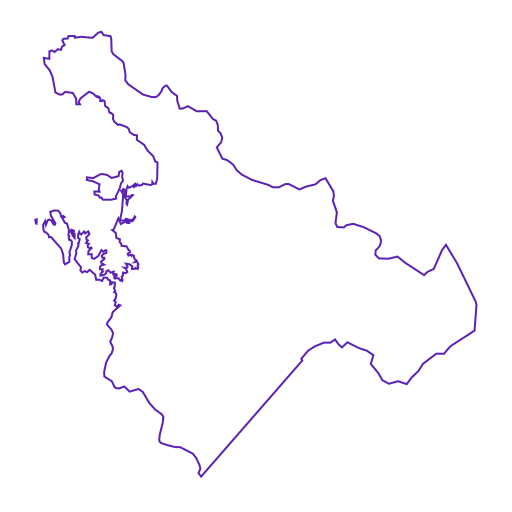 Konawe Utara, Sulawesi Tenggara, Indonesia, rotated 181°
{"feature_id": "22746128B68991025063444", "entity_name": "Konawe Utara", "entity_type": "district", "adm_level": 2, "iso_a3": "IDN", "parent_name": "Indonesia", "parent_adm1": "Sulawesi Tenggara", "projection": "natural_earth1", "projection_center": [122.267, -3.419], "detail": "fine", "context": "isolated", "style": "outline", "palette": "violet", "viewbox_px": 512, "rotation_deg": 181, "n_neighbors": 0, "source": "geoboundaries", "source_scale": "gbopen_adm2", "svg_char_len": 6139}
<svg xmlns="http://www.w3.org/2000/svg" viewBox="0 0 512 512"><g transform="rotate(181 256 256)"><path d="M66.3,270.5L70.2,264.9L78.0,246.2L84.4,243.0L87.6,239.8L106.5,251.7L114.5,257.9L123.4,255.6L133.0,255.7L136.7,259.4L136.4,263.7L133.2,267.1L131.6,270.3L131.3,274.0L132.7,278.0L135.9,280.6L148.8,286.7L159.4,289.9L166.0,288.4L168.7,286.1L175.2,286.4L177.1,290.2L175.9,301.1L180.1,312.6L179.1,317.4L179.8,322.0L187.9,335.0L193.0,332.9L197.8,328.7L207.1,326.3L213.7,323.3L224.7,328.6L227.9,328.4L234.6,325.0L240.6,325.1L244.6,327.2L261.6,332.1L271.7,337.2L276.6,341.3L280.2,346.6L283.3,349.2L286.9,351.5L291.4,352.8L297.1,363.9L292.8,369.2L291.8,373.7L293.6,378.1L296.1,380.6L296.5,386.4L298.3,390.7L301.2,392.0L307.8,399.9L317.8,399.7L326.7,404.6L331.5,402.3L334.8,402.0L337.4,409.6L337.8,414.7L343.3,418.6L348.0,424.8L349.8,424.6L352.4,422.0L353.4,419.1L356.1,415.2L358.9,413.1L362.8,413.1L371.7,415.4L386.5,425.3L389.7,429.2L389.7,435.2L391.7,446.4L392.8,448.3L402.1,455.2L403.9,458.1L404.5,470.5L405.3,473.3L412.2,474.2L414.5,477.5L417.7,476.5L423.2,471.3L434.8,472.1L440.8,471.1L441.1,472.8L447.3,472.6L448.1,470.2L452.5,469.7L453.4,468.1L451.0,463.6L453.5,462.1L454.6,458.7L457.8,459.3L461.0,456.4L463.3,458.0L466.1,457.1L466.1,449.5L471.6,450.4L470.7,444.3L465.2,437.6L462.4,430.9L459.4,416.0L455.0,413.9L452.4,414.2L449.9,416.7L442.1,415.9L438.6,410.2L438.3,404.6L434.7,404.6L436.0,407.1L434.1,410.7L425.8,417.3L421.8,415.7L418.3,412.5L417.0,413.8L417.6,412.5L416.4,411.7L415.5,412.3L414.2,410.2L414.6,408.4L412.9,408.1L411.9,409.1L410.2,408.4L409.3,403.2L406.3,401.3L404.9,396.7L403.3,396.5L401.2,394.6L401.4,390.5L399.8,387.6L396.2,384.6L394.5,385.2L387.1,382.5L385.3,380.6L384.5,377.6L380.2,374.9L377.1,374.6L377.2,370.2L369.8,365.2L366.4,359.6L360.5,354.0L358.4,348.8L356.1,347.8L356.2,331.1L357.6,326.4L359.6,326.4L360.9,328.2L360.9,325.9L362.9,325.1L370.3,326.5L371.1,325.1L374.1,324.3L375.6,325.6L376.9,324.1L377.7,326.2L378.5,325.9L378.4,323.5L379.3,322.8L379.8,324.5L383.3,322.3L384.7,322.1L385.6,323.5L386.6,321.0L387.2,313.4L382.8,313.2L381.0,314.9L380.2,314.7L384.9,310.0L385.8,305.1L386.4,305.8L386.2,309.8L388.9,313.4L387.9,317.0L388.1,319.5L389.9,320.7L390.5,320.1L390.1,318.1L391.8,318.5L390.1,315.7L389.9,313.0L390.9,298.1L392.7,289.4L388.0,289.0L386.6,291.0L381.4,289.5L379.0,291.2L377.9,293.4L377.3,292.7L380.1,288.6L385.8,289.2L385.4,287.7L383.1,287.4L383.2,286.7L385.7,286.9L387.1,288.2L391.7,285.6L394.3,291.2L398.1,281.6L399.1,279.6L400.1,279.4L396.6,276.6L395.8,271.5L392.4,270.4L392.6,267.6L390.9,265.9L390.7,263.9L385.6,263.4L383.5,259.7L382.5,259.4L382.0,257.5L384.3,256.1L383.6,254.2L380.8,255.0L380.4,254.1L379.9,255.0L378.0,254.0L377.7,251.4L375.4,249.4L377.1,247.9L375.1,248.3L373.3,245.7L374.3,244.4L373.5,242.9L374.0,241.0L376.1,242.0L376.3,241.2L379.8,240.8L379.4,243.4L382.2,245.5L386.0,246.1L384.2,243.2L385.2,241.8L387.5,242.0L385.6,240.7L384.4,237.7L386.1,236.6L388.6,237.1L388.8,234.2L390.0,232.9L389.0,229.6L389.4,228.6L390.7,229.7L391.3,229.1L393.1,231.4L397.0,231.1L397.4,231.7L396.4,232.7L397.3,233.5L394.9,234.0L395.1,235.3L398.5,235.6L398.1,237.9L401.1,236.7L403.2,239.1L405.4,238.1L405.3,236.6L407.2,234.6L411.2,233.6L411.2,235.2L408.8,237.8L409.7,238.5L409.1,240.0L411.8,240.1L412.0,242.0L410.6,243.9L407.8,244.7L410.3,246.1L410.9,247.7L407.5,250.3L407.7,251.6L409.6,251.6L410.2,253.4L408.8,255.3L405.7,256.4L405.6,258.6L406.3,259.3L408.9,257.7L410.6,259.2L413.7,253.3L417.8,250.3L420.2,251.2L420.3,254.9L423.8,254.8L423.6,258.0L420.5,261.0L421.0,261.6L422.5,260.8L424.2,261.9L424.6,263.4L423.3,265.3L426.2,266.1L424.3,268.7L425.6,269.3L426.2,271.5L422.9,275.0L424.2,277.7L427.2,275.6L428.2,277.5L431.1,274.5L432.4,275.1L433.2,277.0L434.2,274.3L434.2,271.0L432.6,270.0L433.2,266.4L434.2,265.6L433.6,263.5L436.0,258.4L435.7,255.5L437.3,249.7L430.8,241.7L431.3,238.5L429.5,236.5L426.9,237.9L424.6,236.9L422.1,239.3L416.5,234.5L415.3,229.4L412.4,229.6L409.4,228.4L408.0,231.7L404.4,231.7L403.5,229.7L401.4,229.0L401.3,224.9L400.0,225.3L400.0,227.3L396.6,226.9L396.7,223.2L397.5,221.4L396.2,219.1L397.2,217.4L395.8,217.0L394.9,214.8L395.7,210.8L397.1,209.0L395.5,207.7L396.3,204.3L394.3,202.8L392.4,204.9L390.8,204.3L398.2,197.5L399.5,192.3L403.3,187.0L403.9,185.0L399.3,179.9L397.6,176.5L398.4,172.0L400.3,168.0L397.6,162.4L397.5,159.7L398.8,155.8L400.5,154.0L404.0,146.9L405.8,137.4L405.5,132.8L397.9,128.2L395.0,122.2L393.1,121.4L390.6,121.2L385.4,123.2L379.9,118.2L371.2,121.0L366.9,118.2L359.9,106.9L354.2,100.8L347.4,96.0L345.8,93.6L346.4,87.4L349.1,75.7L349.6,70.3L349.0,68.6L347.8,67.4L341.5,65.4L333.4,63.5L328.6,63.6L315.8,57.3L312.2,52.9L308.9,46.1L307.9,42.3L309.7,37.9L307.0,34.5L207.9,152.3L208.9,154.1L202.2,162.3L195.5,166.7L186.5,170.6L180.3,170.6L175.5,173.9L171.9,169.1L168.4,166.1L163.1,171.3L151.5,165.7L143.6,163.3L136.9,158.9L139.3,150.0L131.7,141.1L127.4,133.9L120.7,130.6L111.7,133.3L103.1,130.5L98.3,137.2L91.6,143.8L87.3,151.0L74.0,161.5L66.4,161.5L60.0,169.2L36.2,185.2L34.7,210.9L35.6,214.3L54.8,252.2L66.3,270.5ZM461.3,271.4L451.0,260.1L448.9,254.6L448.0,246.2L446.8,244.3L442.5,246.9L442.7,251.6L441.9,253.4L442.6,256.4L440.4,263.6L440.3,267.2L441.7,268.8L443.0,268.8L443.5,270.6L443.0,272.4L444.0,273.4L443.4,278.4L445.6,285.2L447.8,286.0L450.2,290.5L448.1,291.6L449.6,292.8L451.0,291.5L451.7,292.1L452.3,295.2L454.4,297.8L458.3,298.0L462.5,296.6L461.7,292.6L457.1,285.0L457.6,283.8L459.0,284.0L461.1,287.9L463.5,288.8L464.9,288.0L466.6,283.5L467.4,287.2L469.4,283.5L468.9,278.1L467.9,276.3L466.6,276.1L463.9,273.6L463.2,271.1L461.3,271.4ZM410.2,309.7L401.9,309.7L396.8,311.0L397.2,313.2L393.5,321.0L392.2,326.3L390.3,328.9L391.2,333.2L390.8,336.6L391.9,338.9L394.2,337.7L394.8,333.5L401.6,331.5L406.2,334.4L410.4,335.2L412.9,335.1L420.2,331.0L426.4,331.7L426.4,329.1L420.3,327.9L413.7,324.9L414.4,319.4L413.6,317.6L418.7,317.7L418.5,314.7L414.3,313.7L413.3,311.6L411.6,311.8L410.2,309.7ZM440.9,279.1L441.8,277.0L440.8,276.8L440.8,275.2L439.9,274.9L438.4,278.0L440.9,279.1ZM439.3,276.1L439.8,273.4L437.7,270.9L437.7,275.1L439.3,276.1ZM477.3,288.3L476.6,284.7L476.0,284.5L475.9,288.8L477.3,288.3Z" fill="none" stroke="#5b21b6" stroke-width="2"/></g></svg>